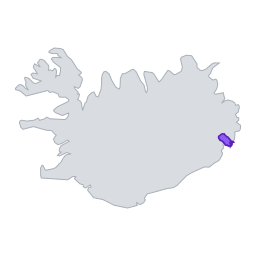 Breiðdalshreppur, Austurland, Iceland shown in context
{"feature_id": "244011B15837177030035", "entity_name": "Breiðdalshreppur", "entity_type": "district", "adm_level": 2, "iso_a3": "ISL", "parent_name": "Iceland", "parent_adm1": "Austurland", "projection": "albers", "projection_center": [-14.121, 64.837], "detail": "fine", "context": "in_parent", "style": "filled", "palette": "violet", "viewbox_px": 256, "rotation_deg": 0, "n_neighbors": 0, "source": "geoboundaries", "source_scale": "gbopen_adm2", "svg_char_len": 6440}
<svg xmlns="http://www.w3.org/2000/svg" viewBox="0 0 256 256"><path d="M200.2,70.3L202.5,70.6L206.3,68.9L211.8,64.0L214.1,62.9L219.3,63.0L212.9,67.8L210.5,73.1L208.7,75.6L208.7,76.8L213.1,80.1L215.3,79.1L216.2,79.5L217.1,81.0L217.7,84.0L217.2,87.2L215.9,90.3L214.1,92.9L214.3,93.8L215.8,94.2L223.3,92.7L224.1,96.6L224.8,97.8L224.5,99.2L221.5,103.3L225.1,100.7L227.9,100.0L232.6,101.3L234.6,102.8L235.8,105.4L238.1,104.6L239.2,106.1L239.3,107.7L238.2,112.1L235.4,114.3L237.1,117.5L238.6,117.6L238.8,118.3L238.7,120.2L236.5,122.4L240.2,124.9L240.6,125.8L240.4,128.6L239.8,130.2L238.7,131.2L236.1,131.3L234.5,132.4L235.0,134.1L234.5,138.9L232.4,142.9L230.4,145.0L228.5,146.3L223.2,144.8L223.4,148.2L221.4,150.2L221.8,152.0L222.5,152.9L222.1,155.1L219.6,159.7L217.9,161.2L214.4,163.0L209.3,167.1L204.2,167.0L191.6,172.7L186.5,175.8L177.2,185.3L173.4,187.6L166.9,188.6L147.1,194.0L144.7,197.7L144.5,198.5L145.3,200.0L143.6,202.7L140.6,204.4L139.2,204.3L136.8,202.5L136.5,203.3L137.3,205.4L127.5,208.0L114.3,205.3L103.0,199.6L93.7,197.7L87.8,190.6L87.8,189.5L88.7,187.6L91.1,187.0L90.2,184.9L85.9,187.9L84.6,187.7L83.1,186.1L83.2,184.7L80.0,183.9L74.8,179.1L74.5,178.1L76.0,176.9L75.8,176.6L72.7,176.5L67.8,179.8L41.3,178.0L40.7,175.8L40.6,168.2L42.0,165.2L43.0,165.6L45.5,170.3L52.8,168.8L55.8,167.6L59.0,163.9L60.6,162.7L63.4,157.8L65.9,154.9L70.5,153.9L66.7,152.5L59.6,155.9L57.4,155.6L58.7,153.9L61.2,152.1L59.7,151.8L59.2,150.8L59.4,148.9L60.9,145.9L69.2,141.3L67.5,140.0L61.7,143.6L57.7,144.6L54.8,142.3L53.6,139.5L53.8,138.3L56.1,135.3L55.9,134.6L54.7,134.1L51.7,130.6L46.3,130.2L33.4,126.6L22.8,129.3L20.7,127.0L19.4,122.5L20.1,120.9L21.9,120.2L26.8,121.1L34.2,120.2L37.8,118.2L38.9,119.0L39.4,120.3L44.0,119.1L46.6,117.2L50.4,118.8L65.4,119.6L67.7,117.0L68.8,113.7L68.6,113.0L62.8,115.4L61.5,115.2L55.5,112.7L53.5,110.6L54.4,109.2L58.1,106.4L67.2,102.1L68.5,101.2L68.8,99.9L65.8,97.2L59.4,97.1L58.2,94.1L53.2,91.8L49.6,92.4L47.9,90.5L26.2,96.0L20.2,91.0L15.6,89.6L15.4,88.3L18.7,85.0L20.7,84.6L22.5,85.3L25.7,88.5L28.1,89.7L25.6,85.4L26.0,81.6L25.2,80.5L24.6,77.9L25.2,77.2L28.8,78.3L34.1,83.5L37.1,83.1L41.3,81.0L33.1,78.2L31.0,74.4L33.1,73.0L37.4,73.8L33.4,67.3L33.4,66.3L34.6,63.8L40.3,67.0L37.6,63.1L37.7,62.3L38.7,61.8L39.5,59.8L41.1,59.2L44.0,60.3L48.2,65.0L48.8,66.2L48.4,70.3L50.3,69.9L52.5,70.8L54.7,68.3L55.9,69.1L56.6,71.7L55.7,77.1L57.3,75.4L59.5,75.5L60.5,71.1L60.5,67.5L53.8,62.4L51.4,59.1L51.9,58.1L53.4,57.4L61.0,57.7L58.0,55.5L57.5,53.6L51.7,53.5L48.9,52.4L49.0,51.4L50.3,50.3L54.2,48.0L60.7,48.6L63.3,49.7L67.5,56.5L71.3,59.5L77.1,68.6L81.2,72.3L81.3,73.1L80.4,74.0L78.6,74.9L81.0,76.7L82.4,79.0L82.4,79.9L80.2,86.5L78.3,88.4L74.3,86.7L75.0,88.9L77.7,91.5L78.2,92.9L77.6,94.1L79.1,93.8L79.5,94.6L78.4,98.3L77.5,99.6L79.8,100.7L81.3,102.7L82.6,110.6L84.3,104.9L85.2,102.8L86.3,102.1L88.1,96.2L91.3,93.0L94.0,91.9L96.2,96.4L98.1,97.0L100.9,89.8L101.6,84.4L101.6,78.4L102.4,74.2L104.0,71.8L105.7,71.2L109.2,74.0L111.7,80.2L115.7,87.1L118.8,89.0L119.4,88.8L120.1,86.8L120.4,78.3L122.3,73.9L126.1,73.1L132.2,69.4L133.5,69.3L136.2,71.9L140.6,80.8L144.0,85.1L145.5,91.5L146.3,92.7L147.2,90.8L147.5,88.0L143.9,74.6L144.0,72.8L144.5,71.4L152.3,72.6L154.0,74.2L159.0,82.0L161.9,79.1L167.7,70.5L169.5,70.8L173.9,74.6L175.7,74.4L181.1,71.4L182.4,67.3L180.5,58.8L181.5,57.2L186.4,55.2L191.7,55.8L196.9,63.8L197.0,67.4L200.2,70.3Z" fill="#d9dde1" stroke="#a8b0b8" stroke-width="1"/><path d="M222.5,133.8L222.2,133.9L221.9,133.9L220.8,134.6L220.5,134.9L220.2,135.3L219.9,135.5L219.6,135.8L219.2,135.9L218.9,136.0L218.7,136.3L218.7,136.5L218.5,136.9L218.5,137.1L218.5,137.3L218.5,137.5L218.8,137.7L218.8,137.8L218.7,138.0L218.8,138.5L219.0,138.9L219.1,139.0L219.4,139.2L219.6,139.3L219.9,139.7L219.9,139.8L220.0,139.9L220.0,140.0L220.2,139.9L220.2,140.0L220.3,140.2L220.4,140.4L220.6,140.4L220.8,140.5L221.3,140.7L221.5,140.8L221.9,140.8L222.0,141.0L222.3,141.1L222.5,141.2L222.5,141.3L222.4,141.3L222.4,141.5L222.5,141.5L222.9,141.9L223.4,141.9L223.4,142.0L223.4,142.3L223.5,142.4L223.5,142.6L223.7,142.9L223.8,143.1L224.1,143.1L224.3,143.1L224.4,143.4L224.5,143.6L224.8,143.8L224.8,144.0L225.0,144.2L225.0,144.3L225.1,144.5L225.3,144.9L225.6,145.0L225.8,145.2L226.1,145.1L226.5,145.1L226.9,145.1L227.0,145.1L227.2,145.3L227.5,145.2L227.7,145.4L228.0,145.4L228.1,145.5L228.2,145.8L228.3,146.0L228.7,146.1L228.8,146.0L229.0,145.9L229.3,145.9L229.3,146.0L229.5,146.0L230.0,145.9L230.2,146.7L230.3,146.5L230.5,146.4L230.7,146.2L230.8,146.1L231.0,146.0L231.3,145.9L231.5,145.8L231.6,145.6L231.7,145.4L231.8,145.3L231.7,145.4L231.7,145.2L231.2,144.8L231.2,144.7L231.2,144.4L231.0,144.2L230.9,144.1L230.9,143.9L230.9,144.0L230.7,143.9L230.7,143.7L230.7,143.8L230.6,143.7L230.4,143.6L230.3,143.4L230.1,143.4L229.9,143.2L229.9,142.9L229.8,142.7L229.9,142.4L230.0,142.3L230.2,142.2L230.2,142.3L230.3,142.3L230.5,142.3L230.5,142.5L230.3,142.5L230.2,142.5L230.5,142.6L230.5,142.8L230.3,143.3L230.4,143.1L230.5,142.9L230.5,143.1L230.4,143.3L230.5,143.6L230.5,143.4L230.5,143.2L230.6,142.8L230.7,142.7L230.8,142.6L231.0,142.7L231.3,142.5L231.2,142.7L231.3,142.7L231.2,142.7L231.2,142.8L231.3,142.7L231.4,142.4L231.5,142.4L231.6,142.2L231.6,142.3L231.8,142.4L231.8,142.5L231.8,142.4L232.0,142.2L232.2,142.3L232.3,142.3L232.3,142.5L232.3,142.4L232.6,142.4L232.7,142.5L232.9,142.4L233.0,142.3L233.3,142.3L233.4,142.2L233.6,142.2L233.8,142.2L233.7,142.0L233.6,141.9L233.4,141.8L233.2,141.9L233.1,141.7L232.9,141.8L232.7,141.7L232.3,141.5L232.1,141.5L232.0,141.4L231.8,141.4L231.7,141.3L231.7,141.2L231.4,141.1L231.1,140.9L231.0,140.7L230.7,140.5L230.7,140.4L230.6,140.2L230.4,140.2L230.0,139.9L230.0,139.6L229.9,139.5L229.6,139.5L229.5,139.4L229.4,139.1L229.4,138.9L229.4,138.7L229.0,138.7L228.8,138.3L228.8,138.2L228.6,138.1L228.5,137.9L228.4,137.8L228.3,137.7L228.2,137.5L228.0,137.1L227.9,137.0L227.8,136.9L227.4,136.9L227.1,136.8L226.6,136.9L226.4,136.6L226.3,136.2L226.2,136.1L226.1,135.9L225.7,135.6L225.5,135.4L225.4,135.4L225.2,135.4L224.9,135.0L224.9,134.9L224.7,134.7L224.6,134.3L224.6,134.2L224.4,134.1L224.3,133.9L224.1,133.9L223.7,134.0L223.3,134.1L223.2,134.0L223.0,133.8L222.8,133.7L222.7,133.7L222.5,133.8ZM231.9,144.4L232.0,144.2L231.9,144.2L232.0,144.3L231.9,144.4L231.9,144.4ZM231.1,144.0L231.1,143.9L231.0,144.0L231.1,144.0ZM231.9,144.3L231.9,144.2L231.8,144.3L231.9,144.3ZM232.2,144.4L232.3,144.3L232.2,144.4L232.2,144.4ZM231.9,145.5L231.9,145.4L231.9,145.5L231.9,145.5Z" fill="#8b5cf6" stroke="#5b21b6" stroke-width="1.5"/></svg>